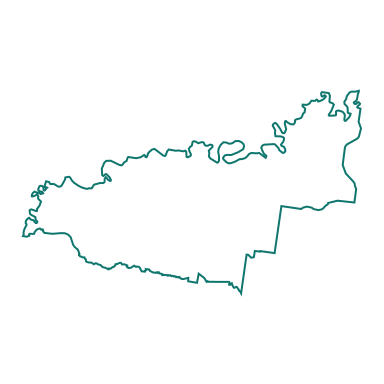 outline of Manningham, Victoria, Australia
{"feature_id": "25037944B66764167138958", "entity_name": "Manningham", "entity_type": "district", "adm_level": 2, "iso_a3": "AUS", "parent_name": "Australia", "parent_adm1": "Victoria", "projection": "natural_earth1", "projection_center": [145.177, -37.757], "detail": "fine", "context": "isolated", "style": "outline", "palette": "teal", "viewbox_px": 384, "rotation_deg": 0, "n_neighbors": 0, "source": "geoboundaries", "source_scale": "gbopen_adm2", "svg_char_len": 5965}
<svg xmlns="http://www.w3.org/2000/svg" viewBox="0 0 384 384"><path d="M23.0,236.1L26.7,236.7L29.2,235.8L29.0,234.5L29.7,233.8L34.0,233.9L34.9,231.7L36.9,229.5L39.7,228.5L40.5,228.8L41.1,229.6L41.7,229.4L42.2,229.9L42.8,229.6L43.2,230.2L43.1,231.4L44.4,232.9L52.4,233.8L61.6,233.1L65.1,233.3L68.3,234.7L70.7,237.3L73.2,244.9L74.8,247.1L77.8,249.6L79.4,253.4L79.4,254.0L79.0,254.1L79.0,255.2L80.2,256.4L81.7,256.7L82.5,257.4L84.5,257.4L84.8,258.6L85.9,259.5L85.9,260.9L86.5,261.8L89.3,262.6L91.2,262.5L93.9,264.3L95.3,263.3L96.8,263.4L98.0,264.4L100.4,264.9L102.5,267.1L105.3,267.7L108.0,269.2L108.4,268.7L109.1,269.2L109.6,268.9L109.7,268.5L110.8,268.5L112.6,267.1L113.9,266.8L114.7,265.7L115.3,265.5L115.6,264.2L117.5,263.9L119.2,263.0L120.9,262.8L122.1,264.5L124.5,264.3L127.3,265.5L127.3,266.5L126.9,266.8L128.4,268.0L130.7,267.8L134.2,265.7L136.0,266.9L136.6,266.5L138.9,266.9L139.8,267.8L141.6,271.3L144.4,271.6L144.7,270.9L145.2,271.2L145.3,270.7L146.1,270.1L146.4,269.7L146.2,269.2L147.0,269.5L147.5,269.2L149.3,269.6L149.8,270.8L153.3,272.6L153.9,272.4L155.5,272.9L157.1,272.2L157.5,272.9L158.8,272.3L159.3,273.4L161.6,273.8L161.8,274.5L162.6,274.5L162.6,275.1L165.9,274.8L167.3,275.5L167.5,275.1L168.2,275.1L168.6,275.6L170.1,275.2L171.2,276.1L172.3,275.7L173.4,276.4L174.1,276.0L175.8,277.0L176.1,276.6L177.0,277.2L178.7,276.9L178.8,277.5L179.9,277.4L180.4,278.2L181.9,279.0L183.0,279.1L188.3,277.9L188.2,281.3L197.0,282.8L198.7,273.7L204.4,278.1L206.5,281.8L207.6,281.2L207.9,281.8L229.1,281.9L229.7,282.9L229.0,284.2L229.2,284.8L230.2,284.8L231.8,283.3L232.6,285.7L233.8,287.7L234.5,287.8L236.0,286.9L237.1,287.2L237.9,288.7L238.6,289.3L239.0,290.7L240.2,291.5L241.1,293.3L246.6,254.6L248.1,254.7L251.2,257.7L253.9,257.2L254.8,251.0L260.2,251.6L260.3,251.1L274.6,253.1L281.4,206.1L301.2,209.0L302.9,207.7L306.9,206.6L311.6,207.6L313.8,209.1L318.4,210.1L321.6,209.4L323.2,208.4L325.5,205.8L327.7,204.4L328.1,203.0L337.5,200.7L354.4,202.5L356.2,188.9L354.9,186.0L354.7,183.7L353.5,181.8L345.8,173.5L342.7,165.0L344.9,147.7L345.4,146.3L347.0,144.4L357.5,138.5L358.9,136.6L361.0,128.4L358.6,121.7L360.5,108.7L357.8,107.8L357.2,107.1L357.8,106.0L359.7,104.6L360.0,103.7L358.4,102.1L357.3,102.5L356.4,103.8L355.5,104.0L354.4,103.8L353.8,102.6L354.2,101.9L355.7,101.3L357.0,99.4L357.9,94.1L358.9,91.4L358.8,90.7L356.0,91.6L351.2,91.7L349.6,92.5L347.1,95.7L346.7,96.5L346.3,98.8L344.3,101.9L344.6,104.0L346.5,105.9L347.6,107.6L347.8,112.6L348.6,113.2L350.6,113.7L350.2,115.4L348.9,117.6L345.6,120.9L344.7,120.7L344.3,119.9L344.8,115.9L344.7,114.5L343.4,112.5L342.1,111.6L338.5,110.5L336.5,110.9L336.0,111.5L336.1,114.6L335.7,115.4L329.9,115.8L328.8,115.4L328.9,114.5L331.3,110.9L333.9,104.6L332.5,103.2L330.0,102.4L329.4,101.6L329.9,95.7L328.8,93.1L322.2,92.1L321.6,92.4L321.1,93.6L321.3,95.1L321.8,96.4L322.9,96.4L324.6,95.2L325.9,96.3L325.0,97.8L322.7,99.8L318.7,101.5L318.1,101.4L317.6,100.2L316.8,99.6L315.0,100.9L311.4,100.7L309.6,103.3L308.2,104.3L306.4,104.9L302.7,104.6L302.5,106.1L305.2,108.6L304.5,112.5L303.1,113.6L302.0,116.5L301.2,117.8L299.1,118.7L296.7,119.2L295.1,120.1L294.9,122.6L293.5,124.4L290.5,124.2L287.2,122.2L285.9,121.0L285.4,121.1L284.9,122.2L284.9,124.3L286.2,129.0L284.9,132.4L284.3,133.1L283.0,133.2L282.0,132.4L280.2,128.9L276.9,124.1L275.3,122.9L273.9,123.6L272.9,124.8L272.7,125.6L275.2,130.1L275.0,133.7L275.5,136.2L280.9,136.4L283.1,137.2L284.0,138.1L283.9,139.7L283.3,141.7L281.0,144.6L281.5,145.8L284.0,146.8L285.2,149.4L285.3,151.4L283.7,152.9L282.8,152.9L279.3,150.2L278.4,148.0L275.0,144.4L273.7,144.1L264.0,144.7L262.3,145.7L261.3,147.4L262.1,150.1L263.9,153.8L266.3,155.7L266.2,156.7L265.6,157.8L259.2,153.0L256.8,153.3L251.1,153.0L248.9,154.2L247.3,156.2L245.2,158.1L242.0,159.1L239.7,159.1L235.4,161.5L231.4,163.0L229.1,163.4L226.6,162.4L223.4,159.2L223.0,157.9L224.7,155.5L227.0,154.9L231.2,155.0L238.0,152.3L243.2,149.2L244.0,146.5L243.9,145.2L243.2,143.8L241.6,142.3L238.9,141.0L235.4,141.1L232.3,143.2L230.2,143.7L229.0,143.7L226.3,142.5L223.4,142.3L220.8,144.7L218.7,148.5L218.2,151.9L219.0,156.3L219.0,160.8L218.2,162.2L217.2,162.7L210.4,158.5L208.9,156.5L209.3,153.4L208.8,150.6L212.5,146.9L212.6,145.9L212.0,145.0L210.1,144.6L207.8,145.7L206.4,145.8L204.9,145.2L203.8,142.7L203.0,142.2L200.9,142.3L198.3,143.2L195.6,141.6L193.9,141.2L192.6,141.9L191.9,145.5L190.0,147.1L188.8,148.8L189.4,151.2L190.8,154.0L190.9,155.3L189.8,156.4L187.5,157.3L186.6,156.9L186.2,151.6L185.4,150.7L183.2,151.3L178.1,150.4L176.0,150.8L168.9,149.5L167.2,151.2L165.8,155.0L165.0,156.0L163.2,155.5L154.5,148.9L152.1,149.5L149.1,152.1L148.1,153.4L147.1,156.5L146.5,157.2L145.5,157.0L145.1,155.7L144.2,155.0L140.5,157.3L136.0,158.2L128.2,157.0L127.7,157.6L126.5,161.0L124.2,162.3L122.5,164.8L121.4,165.4L119.1,164.8L110.7,160.7L106.2,160.9L104.3,162.7L101.8,168.7L102.2,175.2L103.4,176.0L105.5,174.2L106.5,174.2L109.7,177.5L110.8,179.7L110.8,180.7L110.3,181.0L108.1,179.9L106.2,177.4L105.7,177.2L104.7,178.8L104.6,181.8L103.9,182.7L103.1,183.1L100.1,183.0L94.5,184.5L93.5,185.3L92.1,187.9L91.2,188.5L89.1,188.2L87.6,188.8L85.9,188.7L81.9,187.5L78.2,185.6L74.0,182.7L71.9,180.5L70.2,177.6L69.1,176.8L65.4,177.4L64.9,179.8L61.8,185.3L60.8,186.3L59.5,186.7L57.8,186.4L54.0,184.0L50.2,184.0L49.0,182.0L46.1,181.3L44.6,186.2L45.2,187.2L46.6,187.3L47.1,187.7L46.6,188.0L45.0,190.3L44.4,190.5L43.6,190.0L43.3,187.3L42.7,186.3L41.7,185.9L40.3,185.8L39.4,186.3L38.2,189.2L38.3,190.2L39.5,191.1L42.4,192.0L43.1,193.3L40.7,194.0L38.9,192.7L36.5,192.5L34.7,191.6L33.0,192.8L32.0,194.5L31.8,196.3L32.5,196.5L34.8,195.8L36.9,194.5L37.5,194.6L38.3,196.6L38.0,197.7L38.4,199.0L41.0,201.5L39.5,205.7L37.1,208.8L37.0,210.9L36.3,211.1L31.4,209.4L30.1,209.8L29.6,210.5L29.9,213.1L30.4,214.4L35.4,217.1L35.6,219.7L37.3,221.5L37.3,222.1L36.7,223.0L35.6,223.0L33.3,220.2L30.6,219.5L29.2,217.8L28.8,217.8L26.6,219.8L25.9,221.1L25.7,223.2L26.5,224.2L26.5,225.0L24.3,229.3L23.5,232.7L23.7,234.5L23.0,236.1Z" fill="none" stroke="#0f766e" stroke-width="2"/></svg>